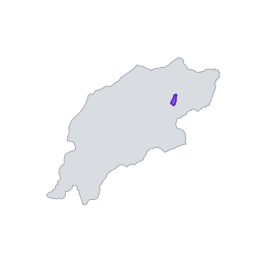 location of Erdenexairxan, Dzavhan, Mongolia, rotated 138°
{"feature_id": "93677404B28046331516605", "entity_name": "Erdenexairxan", "entity_type": "district", "adm_level": 2, "iso_a3": "MNG", "parent_name": "Mongolia", "parent_adm1": "Dzavhan", "projection": "mercator", "projection_center": [95.802, 48.175], "detail": "fine", "context": "in_parent", "style": "filled", "palette": "violet", "viewbox_px": 256, "rotation_deg": 138, "n_neighbors": 0, "source": "geoboundaries", "source_scale": "gbopen_adm2", "svg_char_len": 4495}
<svg xmlns="http://www.w3.org/2000/svg" viewBox="0 0 256 256"><g transform="rotate(138 128 128)"><path d="M22.7,107.8L23.5,107.8L24.7,106.9L24.8,105.6L25.2,104.9L28.1,104.5L29.4,104.9L29.6,104.1L29.8,104.0L30.5,104.7L31.2,104.4L31.7,104.1L32.1,103.1L33.1,103.3L34.8,102.2L34.7,100.3L35.4,99.8L36.9,99.5L37.1,98.6L37.4,98.4L38.5,98.1L40.5,97.1L41.4,97.0L42.1,96.2L43.8,95.0L46.4,94.5L46.6,93.9L48.9,92.2L51.5,92.1L52.2,90.5L52.6,90.4L54.3,92.2L55.1,92.0L55.4,91.3L56.4,91.3L56.9,92.6L57.5,93.1L65.0,93.6L65.3,94.1L65.7,97.0L67.1,98.4L67.4,99.1L69.5,98.9L70.7,100.0L72.5,99.9L73.4,100.2L75.2,99.2L75.6,99.2L76.1,99.7L77.0,99.3L78.6,100.3L79.9,100.1L80.5,100.6L81.2,100.2L83.0,100.5L84.5,102.1L85.5,102.0L86.7,100.9L87.0,100.2L88.7,99.9L89.7,99.2L90.4,98.5L91.4,96.2L91.5,93.8L90.7,93.5L89.9,92.7L89.5,91.4L89.4,90.5L88.6,89.1L88.6,88.4L89.1,87.2L89.4,85.3L90.0,84.2L91.2,83.7L91.3,82.9L92.0,81.4L93.9,80.5L95.0,78.9L95.6,77.1L96.5,78.0L99.0,79.2L101.0,79.8L102.3,81.0L105.9,81.3L112.0,84.2L113.2,84.1L116.8,85.3L117.0,85.7L117.0,87.8L117.3,88.4L117.4,90.8L118.1,91.9L117.9,93.3L118.2,93.7L119.1,93.9L120.5,95.3L123.7,96.3L124.6,97.3L126.8,97.9L127.9,97.5L129.7,97.7L130.4,97.6L131.5,96.5L132.2,96.2L136.4,95.3L137.5,94.6L138.3,94.4L141.5,95.1L143.8,96.2L147.0,96.1L148.5,97.3L149.2,98.4L150.5,99.4L155.0,99.8L155.2,100.1L155.1,102.5L155.3,102.8L158.2,105.5L159.5,106.2L163.6,106.1L170.0,107.7L171.5,107.2L172.8,108.1L173.3,108.0L177.5,105.9L178.1,106.0L182.3,105.2L185.1,104.1L187.1,104.2L188.8,103.2L189.5,101.4L192.2,99.2L196.9,96.5L199.9,96.9L201.6,97.9L203.4,99.8L204.4,100.4L206.3,100.5L209.0,99.2L210.4,99.5L211.8,100.1L212.6,101.1L208.4,111.0L208.3,111.6L207.0,113.7L206.7,116.9L205.0,118.1L205.2,119.9L205.6,120.6L207.5,122.4L208.1,122.2L208.6,121.4L209.7,120.8L211.5,121.0L213.1,120.7L215.2,121.3L217.0,122.8L219.8,119.5L222.3,119.1L224.6,119.5L226.3,121.8L228.4,122.8L228.9,124.0L229.8,124.5L230.0,125.1L232.6,127.7L233.1,129.3L233.8,130.5L233.8,131.7L233.6,132.3L232.5,132.9L228.9,132.6L226.8,131.4L226.1,132.1L223.3,131.8L221.8,132.3L220.7,132.8L220.1,133.6L219.6,133.7L219.1,133.7L218.3,133.1L217.6,133.1L217.4,133.2L216.9,135.2L214.6,135.2L213.8,135.0L211.8,135.9L211.5,136.7L210.5,137.8L209.5,139.7L209.7,140.6L209.4,141.1L207.7,142.2L206.0,143.8L202.6,144.4L201.0,144.5L199.8,144.1L198.7,144.4L197.7,146.2L195.5,148.3L192.3,150.4L186.5,149.1L185.7,148.8L184.5,147.5L181.1,147.5L180.2,148.3L179.3,149.7L177.9,153.9L179.2,156.3L180.7,157.9L181.4,159.0L181.4,159.9L180.3,160.3L178.8,161.9L175.3,163.3L171.3,168.4L164.3,171.4L160.0,171.6L156.6,171.3L147.4,172.7L141.5,175.3L137.1,177.6L136.1,178.7L135.6,178.9L134.8,178.4L132.5,178.3L132.5,176.4L127.3,177.5L123.1,175.2L117.1,173.9L115.8,173.4L113.8,170.8L112.7,170.5L110.0,170.4L102.8,169.3L99.4,170.2L84.5,168.2L79.1,168.9L78.9,168.6L78.5,167.0L76.0,164.5L75.6,163.9L75.5,162.9L73.4,157.7L72.1,156.9L72.3,154.7L70.3,154.9L68.1,154.1L65.8,152.5L64.7,151.4L63.1,151.1L61.1,149.0L60.2,148.6L55.4,147.7L53.0,148.0L50.4,147.4L47.5,147.4L46.5,146.9L45.7,147.0L44.0,146.0L42.8,146.2L41.4,143.2L41.7,141.2L42.3,140.1L43.7,138.3L43.6,137.7L43.1,136.1L43.8,133.3L43.6,131.5L42.8,129.6L41.8,129.1L40.3,126.4L39.9,124.2L39.2,122.8L37.7,121.9L37.3,120.6L36.8,120.5L36.5,120.9L35.6,121.1L34.7,120.3L34.2,119.3L33.6,119.1L32.7,119.1L31.8,119.6L30.8,119.4L29.9,118.5L27.7,117.2L27.6,116.2L27.3,115.6L26.6,115.4L25.9,114.7L23.8,113.9L23.7,113.4L24.3,112.4L22.8,111.5L22.2,110.6L23.1,109.4L22.7,108.6L22.7,107.8Z" fill="#d9dde1" stroke="#a8b0b8" stroke-width="1"/><path d="M73.8,116.2L73.7,116.4L73.7,116.6L73.5,117.0L73.3,117.1L73.1,117.3L72.9,117.5L72.7,117.8L72.5,118.1L72.4,118.3L72.3,118.5L71.8,118.5L71.3,119.2L70.2,119.5L69.9,119.9L69.9,120.0L69.7,120.3L69.6,120.5L70.2,120.8L70.3,121.2L71.0,121.4L71.3,121.4L71.5,121.4L72.0,121.4L72.2,121.2L72.3,121.2L72.9,120.8L73.3,120.6L73.6,120.4L74.2,120.0L74.9,119.6L75.2,119.6L75.3,119.5L75.8,119.4L76.1,119.3L76.3,119.2L76.5,119.1L76.8,118.9L77.0,118.8L77.3,118.8L77.6,118.6L78.0,118.5L78.0,118.4L78.0,118.2L78.4,117.9L78.7,117.9L78.9,117.9L79.2,117.9L79.7,117.6L79.6,117.4L79.6,117.1L79.5,116.7L79.4,116.5L79.4,116.4L79.3,115.9L79.3,115.7L79.2,115.5L79.2,115.4L79.1,115.1L79.3,114.5L78.6,113.9L78.4,114.0L77.5,114.3L77.4,114.3L77.2,114.3L77.2,114.5L76.8,114.7L76.6,114.9L76.4,114.9L76.0,115.1L75.9,115.1L75.8,115.3L75.7,115.4L75.5,115.5L75.4,115.5L75.2,115.6L74.9,115.7L74.9,115.8L74.7,115.9L74.4,115.9L74.3,116.0L74.2,116.0L73.8,116.2Z" fill="#8b5cf6" stroke="#5b21b6" stroke-width="1.5"/></g></svg>